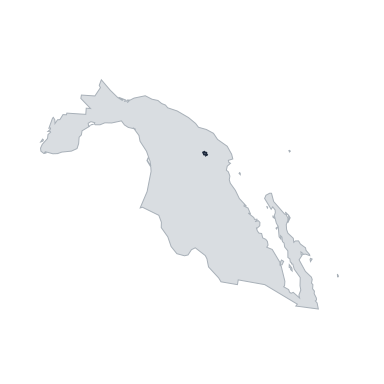 Poncitlán, Jalisco, Mexico (highlighted), rotated 188°
{"feature_id": "50627088B14404540858707", "entity_name": "Poncitlán", "entity_type": "district", "adm_level": 2, "iso_a3": "MEX", "parent_name": "Mexico", "parent_adm1": "Jalisco", "projection": "albers", "projection_center": [-102.942, 20.264], "detail": "fine", "context": "in_parent", "style": "filled", "palette": "slate", "viewbox_px": 384, "rotation_deg": 188, "n_neighbors": 0, "source": "geoboundaries", "source_scale": "gbopen_adm2", "svg_char_len": 4580}
<svg xmlns="http://www.w3.org/2000/svg" viewBox="0 0 384 384"><g transform="rotate(188 192 192)"><path d="M50.6,93.7L73.3,93.5L72.1,95.6L107.1,110.4L134.0,111.4L134.1,106.6L150.8,107.1L153.6,110.6L165.2,120.1L167.9,127.9L170.0,130.9L181.0,137.2L184.5,134.8L187.2,129.1L190.5,127.8L198.4,128.8L205.1,135.1L209.7,144.2L217.5,152.5L218.1,157.8L221.6,164.3L238.9,170.0L241.1,169.0L236.5,186.2L235.4,206.7L236.3,211.1L241.0,216.8L240.2,220.0L240.3,216.8L236.4,211.9L237.8,216.5L242.7,226.0L250.5,235.0L252.4,240.6L257.9,246.3L256.4,246.2L259.5,247.4L258.5,246.6L264.1,247.1L268.2,249.0L271.8,252.6L281.1,249.2L287.9,248.4L292.4,245.8L297.2,245.1L298.2,245.9L297.9,247.1L301.9,247.6L304.4,245.6L303.5,242.6L302.3,243.5L302.6,242.8L309.4,237.3L309.5,233.1L311.4,230.6L311.0,224.0L311.9,219.0L317.1,215.7L326.5,213.4L330.5,211.3L335.1,210.5L342.9,211.5L343.5,210.4L341.5,210.5L344.0,209.5L347.3,211.4L348.1,214.3L346.9,218.4L342.5,224.9L342.6,228.9L340.3,231.6L340.9,232.4L343.1,231.9L340.9,234.6L341.0,235.7L342.6,235.2L340.4,245.6L339.7,246.6L337.9,244.4L337.2,240.7L335.2,244.8L332.9,245.3L330.5,250.7L327.1,251.0L326.9,252.7L308.0,254.1L308.4,260.3L304.1,260.5L315.1,269.2L315.0,272.6L301.5,273.6L297.2,282.6L298.7,284.7L297.4,290.5L287.0,281.3L278.7,275.2L273.8,273.0L273.3,273.6L277.9,275.6L270.8,274.0L271.2,272.4L269.4,273.2L268.2,271.8L267.0,273.4L269.4,274.0L265.9,274.5L262.5,276.9L251.7,280.8L244.5,278.3L238.5,277.9L234.4,275.4L230.4,274.4L227.8,272.0L218.0,270.2L205.8,265.2L198.0,260.4L194.6,257.0L186.5,255.9L178.9,253.1L174.0,247.6L163.5,242.2L158.0,234.9L156.2,230.4L160.4,228.4L159.7,226.5L157.9,225.8L160.7,222.5L161.0,218.4L158.8,217.0L156.7,213.0L156.8,209.3L155.3,206.0L149.3,199.7L144.2,192.1L136.1,185.5L138.4,186.7L138.6,185.3L134.3,183.9L131.2,178.7L133.4,178.9L127.2,175.3L126.3,173.6L123.9,174.1L123.6,173.3L125.4,171.4L122.3,172.8L120.5,171.3L120.2,168.0L122.6,165.1L123.4,165.7L121.9,162.6L120.0,160.6L117.3,160.6L115.6,156.4L112.4,155.4L110.5,153.6L109.3,150.0L110.3,147.7L104.6,146.3L95.1,134.5L94.7,131.8L93.3,130.8L87.6,116.5L87.3,112.2L88.0,110.9L82.7,108.8L81.5,106.4L79.8,105.5L77.8,106.7L70.7,102.0L71.8,104.8L70.6,110.0L72.0,114.2L72.9,122.3L80.0,129.8L82.2,134.7L83.3,134.6L83.8,136.0L84.9,136.3L85.8,139.4L87.9,140.5L88.9,147.0L92.6,150.5L93.7,154.2L95.5,155.5L96.7,159.9L98.2,161.0L97.4,157.7L99.5,159.7L101.8,169.8L104.1,172.8L107.2,180.1L106.6,183.1L107.2,185.8L110.0,188.5L111.2,185.9L119.2,195.7L118.3,199.1L114.9,201.6L113.1,201.8L109.8,193.9L97.2,183.0L96.0,183.0L93.5,179.7L93.1,177.4L94.1,172.7L93.1,168.0L91.3,164.6L85.3,160.3L84.2,156.3L82.9,157.9L79.7,158.4L77.5,155.6L71.8,152.5L71.0,150.1L66.9,146.5L66.5,145.4L71.0,146.3L73.7,145.5L73.6,146.6L75.8,147.8L75.1,145.1L74.1,144.9L76.5,139.7L68.7,129.2L61.9,124.3L60.8,122.1L61.0,118.4L59.4,117.1L59.1,112.9L57.0,110.9L56.9,108.4L54.1,104.3L53.7,102.4L54.7,101.3L52.7,99.6L50.6,93.7ZM94.7,134.6L93.9,137.1L91.6,136.1L92.7,132.4L94.1,132.0L94.7,134.6ZM85.6,133.6L82.5,130.6L81.8,127.7L83.4,128.8L83.7,130.4L85.3,130.9L85.6,133.6ZM347.3,223.6L346.4,222.9L346.7,221.7L348.8,220.5L347.3,223.6ZM93.5,182.9L91.2,180.1L92.9,174.8L92.3,179.6L93.5,182.9ZM65.4,142.8L63.7,142.3L65.0,139.6L65.7,141.7L65.4,142.8ZM36.6,131.0L35.2,129.0L35.6,128.2L36.1,128.3L36.6,131.0ZM95.5,183.1L96.8,185.2L93.9,183.0L95.5,183.1ZM148.0,216.9L147.6,217.8L146.9,217.4L146.6,215.9L148.0,216.9ZM108.2,178.2L108.7,179.9L107.2,177.7L108.2,178.2ZM103.0,167.1L103.8,167.9L102.4,169.3L103.0,167.1ZM101.8,246.6L101.1,246.8L100.3,246.1L101.1,245.2L101.8,246.6ZM300.5,244.9L298.8,245.4L301.6,244.3L300.5,244.9ZM115.8,187.9L115.0,187.7L114.9,186.1L115.8,187.9Z" fill="#d9dde1" stroke="#a8b0b8" stroke-width="1"/><path d="M183.1,232.9L183.1,233.0L183.3,233.1L183.5,233.0L183.4,233.0L183.5,233.0L183.8,233.0L184.0,233.0L184.3,233.1L184.5,233.1L184.8,233.1L184.9,233.3L185.0,233.4L185.0,233.5L185.3,233.7L185.5,233.5L185.4,233.5L185.4,233.4L185.5,233.3L185.8,233.3L185.8,233.2L186.0,233.2L186.4,233.0L186.5,233.0L186.7,232.8L186.7,232.7L186.4,232.5L186.2,232.5L186.0,232.4L186.1,232.1L186.1,231.9L186.1,231.7L185.9,231.6L185.7,231.5L185.6,231.4L185.6,231.2L185.6,230.9L185.5,230.7L185.4,230.7L185.2,230.6L184.9,230.6L184.7,230.6L184.4,230.7L184.2,230.6L183.9,230.5L183.7,230.5L183.4,230.4L183.2,230.3L183.2,230.2L183.1,230.3L182.8,230.4L182.6,230.5L182.8,230.7L182.8,230.8L182.7,230.8L182.5,231.0L182.4,231.0L182.2,231.2L182.3,231.3L182.5,231.3L182.5,231.2L182.8,231.2L182.9,231.3L182.9,231.2L183.0,231.2L183.2,231.7L183.2,232.1L183.1,232.6L183.1,232.8L183.1,232.9Z" fill="#64748b" stroke="#1e293b" stroke-width="1.5"/></g></svg>